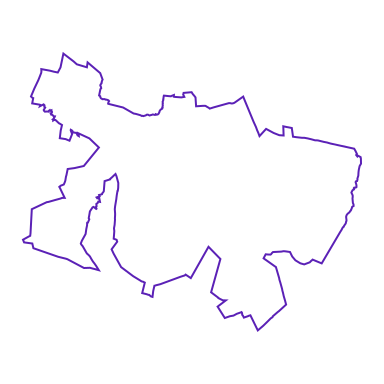 Jitotol, Chiapas, Mexico
{"feature_id": "50627088B7857917037309", "entity_name": "Jitotol", "entity_type": "district", "adm_level": 2, "iso_a3": "MEX", "parent_name": "Mexico", "parent_adm1": "Chiapas", "projection": "natural_earth1", "projection_center": [-92.885, 17.089], "detail": "fine", "context": "isolated", "style": "outline", "palette": "violet", "viewbox_px": 384, "rotation_deg": 0, "n_neighbors": 0, "source": "geoboundaries", "source_scale": "gbopen_adm2", "svg_char_len": 5819}
<svg xmlns="http://www.w3.org/2000/svg" viewBox="0 0 384 384"><path d="M355.6,182.1L356.0,181.3L357.1,181.0L357.5,179.5L357.4,178.6L358.3,175.7L358.5,172.2L358.8,169.8L359.6,166.1L361.0,163.7L360.9,158.7L360.6,157.1L357.8,155.6L357.3,156.4L356.2,155.0L356.9,153.9L355.4,150.8L354.2,148.7L330.4,143.5L327.0,142.5L323.9,141.9L317.8,140.4L315.0,140.3L311.4,139.3L307.6,138.4L304.3,137.8L302.0,137.8L296.5,137.2L293.0,136.7L292.8,135.1L291.8,128.0L287.7,127.2L287.0,127.1L283.3,126.3L283.6,135.5L279.3,135.2L273.7,133.0L266.1,128.9L259.5,136.1L258.2,132.6L257.2,130.4L256.0,127.1L253.5,121.6L244.6,100.1L243.2,96.6L234.4,102.8L233.1,103.3L231.9,103.5L231.1,103.4L230.1,103.1L229.0,103.1L213.9,107.3L209.7,108.6L208.9,107.9L206.3,106.4L205.6,105.9L204.3,105.8L202.0,105.9L196.1,106.3L195.5,97.4L194.2,95.7L192.8,94.1L191.6,92.2L183.6,92.9L183.2,94.6L184.3,96.9L181.3,97.4L174.7,96.9L173.8,96.7L173.9,95.0L171.1,96.1L170.9,96.3L168.6,96.1L163.9,95.6L163.8,95.8L163.6,96.9L163.3,99.7L163.2,99.7L163.2,100.1L163.0,100.9L162.6,101.9L162.9,103.2L162.6,103.9L162.8,105.5L162.5,106.3L162.7,107.2L162.4,108.2L162.0,108.2L161.8,109.0L160.6,109.6L159.5,111.3L159.4,112.1L158.6,113.7L157.8,114.4L157.0,114.6L155.8,114.2L155.7,114.8L154.7,114.9L153.5,114.6L152.6,114.5L151.7,114.9L150.4,115.2L149.7,115.5L148.7,115.1L148.0,114.7L146.8,114.7L145.9,115.3L144.8,115.7L144.0,115.9L143.5,116.1L142.6,115.8L141.9,116.0L140.4,115.2L135.8,113.9L133.6,113.5L123.1,107.5L108.2,103.8L108.1,103.5L108.6,101.8L109.1,101.1L108.6,100.5L107.8,100.0L106.3,99.6L105.5,99.6L104.7,99.1L103.6,99.1L102.4,99.2L102.1,98.9L101.5,98.6L101.0,98.3L100.4,97.5L100.2,96.2L99.1,95.5L100.4,89.1L101.2,88.3L101.0,87.0L100.7,86.5L100.6,86.0L100.3,85.5L100.3,85.3L100.5,84.6L101.5,83.4L101.4,83.1L101.6,82.7L101.6,82.3L101.8,82.0L101.8,81.5L102.3,80.1L102.6,79.6L100.2,73.1L87.6,62.4L86.9,67.3L76.8,64.3L73.7,61.5L63.4,53.6L60.5,67.4L57.8,72.5L53.9,71.7L50.0,70.7L41.3,69.1L41.4,71.6L41.2,72.9L39.4,77.5L38.3,80.2L34.3,88.6L31.0,96.5L32.4,97.8L33.2,98.1L32.2,103.4L39.8,104.7L40.5,105.0L40.0,106.2L42.7,104.8L42.9,104.8L43.6,104.4L44.5,105.3L44.4,105.6L44.2,105.8L44.4,107.0L44.5,107.2L44.7,107.3L44.9,107.2L45.2,107.5L43.7,110.0L44.1,110.9L45.0,111.7L45.8,111.5L47.9,111.5L48.7,111.7L48.8,110.9L49.2,110.5L49.7,110.3L49.9,110.1L50.1,110.4L50.5,110.7L51.4,110.3L51.4,111.5L51.9,111.6L52.0,112.1L51.9,112.4L51.4,112.5L51.1,113.2L50.7,113.6L51.3,114.7L52.0,114.6L52.5,115.0L53.5,116.0L53.7,116.5L54.5,116.4L54.9,116.4L54.8,116.7L54.4,117.3L54.2,117.8L53.9,118.3L53.9,118.5L52.8,119.4L53.1,119.6L53.2,119.9L53.2,120.5L54.0,120.0L54.3,120.0L55.5,120.0L59.0,123.3L59.7,123.6L62.0,125.0L60.7,130.6L59.8,138.2L65.6,139.1L69.5,140.7L72.1,134.1L70.7,130.3L70.8,129.8L71.7,130.3L72.1,130.6L72.5,131.1L73.0,132.1L73.2,132.5L74.4,132.5L75.1,132.8L76.0,132.8L76.5,133.1L77.6,135.4L78.8,136.1L78.7,135.1L78.2,133.2L89.4,138.4L98.9,147.5L83.8,166.0L74.4,168.1L67.7,169.0L66.4,175.3L66.0,176.5L65.3,180.7L64.7,182.4L63.8,184.5L60.7,185.7L59.3,186.9L59.9,187.9L61.5,191.3L64.7,197.9L62.2,197.9L60.3,198.6L55.2,200.0L48.5,201.9L46.7,202.2L31.8,209.2L30.5,233.4L30.2,235.8L29.0,236.4L23.0,239.7L24.1,242.4L32.3,243.5L33.4,248.2L58.2,256.8L65.9,258.7L67.4,259.2L84.0,268.0L90.0,267.8L92.1,268.4L94.9,269.1L98.8,270.2L96.2,266.0L94.4,263.4L92.9,261.5L91.3,258.9L89.9,256.4L88.7,255.1L86.8,253.4L82.7,246.2L81.2,244.4L80.8,243.5L81.9,240.7L85.6,234.0L86.3,229.0L87.1,225.2L87.1,223.1L87.2,222.7L87.9,222.6L89.3,219.2L88.7,218.2L89.2,215.6L89.9,211.4L92.6,207.3L93.6,206.9L96.8,209.4L96.1,207.8L96.1,206.5L96.6,206.1L96.3,204.1L96.4,203.8L97.5,203.2L98.3,201.6L100.0,201.9L99.2,197.9L98.6,198.6L97.7,197.9L97.2,198.2L96.6,197.4L99.6,196.3L99.1,195.0L101.1,194.5L102.0,194.2L102.2,193.4L103.3,192.1L103.8,191.2L104.6,181.1L110.0,179.4L109.9,179.1L110.7,178.4L111.8,177.5L114.4,175.0L115.5,174.0L116.5,176.3L118.3,183.0L118.2,187.9L117.8,190.8L117.5,190.9L116.8,195.0L116.5,197.3L116.3,199.1L115.1,206.3L114.8,209.1L115.1,213.5L115.1,215.1L114.9,218.5L115.0,219.6L114.6,224.9L114.0,228.3L114.3,231.1L114.0,235.2L113.7,238.7L116.6,239.8L117.2,241.7L111.6,249.3L113.6,253.6L121.1,267.1L133.2,276.2L140.4,280.6L141.1,281.1L141.9,281.5L143.0,281.7L144.8,282.6L142.2,293.1L146.6,294.2L148.6,294.9L149.2,294.9L150.9,296.4L152.5,296.9L153.2,291.1L154.4,285.8L154.5,285.8L155.9,285.3L160.3,284.2L180.7,276.7L184.8,275.4L185.6,274.6L190.8,278.1L208.5,246.8L220.4,259.0L211.1,292.3L218.4,297.8L218.4,298.1L222.8,300.3L225.8,300.4L217.6,306.6L224.8,318.0L230.0,316.2L233.5,315.6L236.8,313.8L241.1,312.3L241.5,312.1L241.9,312.6L242.1,313.4L242.2,314.7L242.5,315.3L242.9,315.6L243.9,317.6L247.9,316.2L249.0,315.7L250.4,315.3L257.8,330.4L263.3,325.7L267.3,321.8L270.8,318.3L272.5,317.2L272.8,316.3L277.9,311.9L279.0,311.1L279.4,310.7L286.1,304.6L285.1,300.8L283.7,296.0L283.0,292.8L282.4,290.7L282.1,289.0L280.3,282.5L279.4,279.6L279.2,278.3L278.8,276.9L275.9,267.0L274.8,266.3L273.7,265.5L266.1,260.1L264.9,259.3L263.6,258.3L265.7,254.3L267.9,254.5L270.5,254.6L271.1,254.2L271.7,253.3L272.9,252.1L273.7,252.0L281.4,251.6L282.9,251.3L283.7,251.2L285.1,251.3L286.6,251.5L290.0,252.0L292.2,256.5L295.4,260.3L300.3,263.3L304.2,264.4L309.8,262.3L311.2,260.8L311.5,260.7L312.6,259.6L321.7,263.4L340.3,231.8L341.4,230.1L342.7,227.6L343.1,227.1L343.6,226.9L344.2,225.6L345.7,223.5L345.9,222.7L346.0,222.0L346.4,221.0L346.5,220.2L346.1,216.9L346.5,215.4L346.7,215.0L347.2,214.3L347.8,213.6L349.5,212.3L349.6,212.0L349.9,211.4L350.7,210.7L351.1,210.0L351.1,209.6L351.6,208.8L351.8,208.1L352.2,206.8L353.6,206.0L353.5,204.3L352.9,203.0L352.6,199.7L352.5,198.2L352.7,197.1L352.7,195.7L352.4,194.7L352.2,194.2L351.8,193.6L351.4,192.5L352.5,190.3L353.0,189.9L354.0,189.4L354.2,188.9L353.8,188.2L354.1,187.7L356.1,187.4L356.4,187.2L356.5,186.1L356.4,184.9L355.6,182.1Z" fill="none" stroke="#5b21b6" stroke-width="2"/></svg>